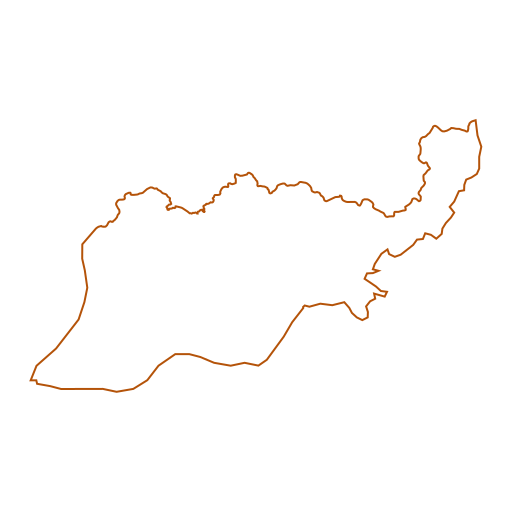 Taehongdan, Ryanggang, North Korea
{"feature_id": "82179303B43556128459055", "entity_name": "Taehongdan", "entity_type": "district", "adm_level": 2, "iso_a3": "PRK", "parent_name": "North Korea", "parent_adm1": "Ryanggang", "projection": "natural_earth1", "projection_center": [128.799, 41.972], "detail": "fine", "context": "isolated", "style": "outline", "palette": "amber", "viewbox_px": 512, "rotation_deg": 0, "n_neighbors": 0, "source": "geoboundaries", "source_scale": "gbopen_adm2", "svg_char_len": 6099}
<svg xmlns="http://www.w3.org/2000/svg" viewBox="0 0 512 512"><path d="M475.6,120.2L472.2,121.3L470.7,122.2L469.5,123.4L469.3,124.0L469.3,124.6L468.7,125.4L468.3,126.6L468.3,128.9L467.8,131.0L467.5,131.4L466.4,131.5L464.7,130.6L461.9,129.9L459.3,128.9L456.1,128.8L453.5,128.2L451.3,128.0L451.1,128.1L450.3,128.9L446.9,130.7L444.2,131.4L442.7,131.3L442.3,131.2L440.8,130.2L438.2,127.7L436.7,126.5L435.5,125.9L434.8,125.8L434.1,126.0L433.1,126.7L432.7,127.9L429.6,132.9L427.9,134.2L426.1,136.1L424.7,136.9L422.8,137.2L421.5,138.0L420.4,139.6L419.8,142.3L419.1,143.4L419.3,144.4L420.4,146.5L420.7,148.0L420.7,149.7L420.4,153.2L420.2,154.0L418.8,155.9L418.6,156.4L418.6,157.9L418.7,158.9L419.1,159.8L420.5,161.2L422.1,162.4L423.4,163.2L424.5,163.2L425.8,162.4L426.4,162.5L426.9,163.0L427.9,165.7L429.8,168.1L429.9,168.7L429.3,169.5L428.3,170.0L427.5,170.7L425.5,173.4L423.7,175.0L423.6,175.3L423.4,176.3L423.5,177.9L423.7,180.3L423.8,180.8L424.9,182.1L425.0,183.1L424.7,184.0L423.7,185.6L421.3,188.0L420.6,190.0L418.9,192.0L418.6,193.0L418.6,193.6L418.9,194.3L420.4,196.0L420.8,196.7L420.6,200.0L420.1,200.7L419.6,201.0L419.0,201.2L418.5,200.9L416.4,199.1L415.2,198.6L413.9,198.4L412.7,198.9L412.4,199.1L411.3,202.1L410.4,203.2L409.1,204.4L405.3,206.8L405.3,207.7L405.7,208.8L405.7,209.8L405.5,210.1L404.2,210.5L402.9,210.6L398.4,211.9L394.8,211.9L394.4,212.3L394.2,213.0L394.1,215.5L393.5,216.3L389.4,216.4L387.5,216.9L386.2,216.7L385.4,216.0L383.9,213.4L383.3,212.9L380.5,211.6L378.9,210.6L375.6,209.2L373.9,208.1L373.0,207.0L373.0,206.2L373.4,204.5L372.5,202.7L371.5,201.8L368.8,199.9L367.6,199.4L364.5,199.3L363.1,199.9L362.5,200.4L361.1,203.7L360.3,205.0L360.1,205.4L359.6,205.6L358.2,205.1L356.6,202.9L355.8,202.3L354.8,201.9L347.5,202.0L346.2,201.8L344.2,201.0L342.8,200.1L342.3,199.4L341.8,198.3L341.6,196.6L341.2,195.9L340.6,195.7L339.9,195.7L339.7,196.5L339.1,196.8L335.3,197.1L327.1,201.0L326.4,201.2L325.7,201.1L324.6,200.5L324.3,200.1L323.5,197.6L322.3,196.3L320.9,195.5L319.8,193.3L319.3,192.8L317.0,192.0L315.7,192.4L314.4,192.4L312.2,191.3L311.8,190.7L311.5,189.8L311.2,187.9L310.2,186.3L309.6,185.6L308.1,184.2L307.0,183.4L305.6,182.8L304.4,182.6L301.1,182.0L300.1,182.0L299.2,182.5L297.7,184.2L294.3,185.5L290.4,185.2L287.6,185.8L287.2,185.7L286.4,185.3L284.8,183.7L284.2,183.5L283.1,183.5L280.8,184.1L279.0,184.8L277.8,185.4L277.2,186.1L276.5,188.3L275.3,189.8L274.3,190.7L272.5,191.7L271.8,192.9L270.5,193.4L270.0,193.3L269.4,192.9L269.2,192.5L269.1,191.5L268.7,190.6L268.7,190.1L268.2,189.4L267.9,189.3L267.6,189.0L267.5,188.2L267.3,187.9L265.1,186.8L264.2,186.5L262.7,186.4L260.4,185.9L258.5,186.2L257.8,186.1L257.4,185.5L257.4,184.4L257.6,183.4L257.3,182.1L257.2,181.3L256.2,180.4L254.7,178.1L253.5,177.0L252.8,175.4L252.4,174.9L251.3,173.9L250.8,173.8L250.3,173.3L249.3,172.8L248.4,172.8L247.9,173.1L246.9,174.5L242.3,175.7L240.2,175.8L237.5,174.6L236.1,174.2L235.2,174.6L234.9,175.6L234.9,177.1L235.0,177.7L235.6,178.4L235.8,179.5L235.8,182.5L235.7,183.0L234.1,183.7L232.2,184.2L231.1,183.9L230.2,183.3L229.0,183.3L228.4,183.6L228.1,184.2L228.1,184.9L228.3,186.2L228.1,186.8L227.9,187.0L225.1,186.7L223.6,187.1L222.7,187.6L221.4,189.2L220.5,191.1L220.2,192.0L220.4,193.4L219.8,194.5L219.4,194.7L217.9,195.0L215.0,195.0L214.3,195.6L214.0,197.0L213.3,197.6L212.8,198.2L212.8,198.6L213.6,199.6L213.7,200.0L213.6,200.9L212.9,202.1L212.6,202.3L211.9,202.5L210.5,202.3L209.3,203.3L207.8,203.9L206.4,203.8L206.1,204.0L206.0,204.5L205.4,204.9L203.6,205.8L203.4,206.4L203.7,207.1L203.7,208.4L203.7,208.5L204.2,208.6L204.4,209.0L204.0,210.2L204.6,211.5L204.3,212.0L203.9,212.0L202.8,211.2L202.5,210.8L202.5,210.4L202.3,210.0L202.1,209.8L201.2,209.8L200.3,210.1L199.6,210.9L199.0,211.5L198.0,211.7L197.5,212.5L197.6,213.5L197.0,213.5L196.5,212.9L195.5,212.5L194.0,213.0L193.0,212.8L191.7,213.6L190.6,213.2L189.7,213.3L187.5,211.5L182.5,208.2L181.5,207.7L180.1,207.3L175.9,206.3L175.5,206.4L175.4,207.3L175.3,207.7L175.0,207.9L174.1,208.1L173.3,207.8L172.8,207.8L171.9,208.5L169.1,208.8L169.0,209.7L168.7,209.9L168.0,209.9L167.6,209.7L167.4,209.2L167.0,207.7L166.5,207.2L166.6,206.6L167.9,205.7L169.0,204.6L170.5,204.5L171.2,203.9L170.7,202.1L169.7,200.6L169.7,200.0L170.0,198.9L170.0,198.4L169.9,198.1L168.2,197.0L167.5,196.3L166.8,195.0L166.5,194.7L165.6,194.1L162.7,193.2L161.5,192.2L161.0,191.5L159.9,190.8L157.7,189.7L157.2,188.8L156.8,188.5L156.3,188.4L154.8,188.7L153.7,188.3L152.4,187.6L150.8,187.4L150.0,187.6L147.0,189.1L142.8,192.8L141.6,193.2L139.6,193.5L137.8,194.4L136.6,194.6L133.5,194.9L131.3,194.8L130.7,194.4L130.6,193.1L130.2,192.7L128.7,192.8L125.8,194.1L125.0,195.0L124.5,196.3L124.9,198.1L124.6,198.9L124.3,199.2L122.9,199.6L119.6,199.7L118.7,200.0L117.5,201.0L116.2,203.1L116.1,203.9L116.2,204.8L118.1,208.4L118.9,209.4L119.2,209.9L119.5,211.6L119.4,212.6L119.1,213.4L117.9,214.7L117.2,216.4L117.0,217.2L115.9,218.6L114.5,220.2L113.5,220.8L112.7,221.8L111.6,221.8L110.6,221.3L110.2,221.3L109.1,221.9L108.6,222.3L107.0,225.3L105.6,226.6L103.8,226.8L103.3,226.6L102.2,226.6L101.2,226.0L98.4,226.8L96.7,227.9L95.8,228.7L82.3,244.3L82.2,258.7L84.8,270.3L87.3,287.7L84.4,302.1L78.6,319.5L56.1,348.5L36.5,365.8L30.7,380.3L36.3,380.3L37.1,383.8L50.1,386.1L61.1,389.0L102.8,388.9L116.6,391.8L133.3,388.9L147.3,380.2L158.5,365.7L175.3,354.1L189.2,354.1L200.3,357.0L214.1,362.8L230.7,365.7L244.6,362.8L258.4,365.6L266.8,359.8L283.7,336.7L292.2,322.2L303.2,308.1L303.1,307.0L304.7,305.5L309.4,306.7L320.3,303.7L332.3,305.2L344.3,302.2L349.3,307.9L351.9,312.9L356.8,317.4L362.3,320.1L367.7,317.4L367.9,312.0L366.1,306.4L370.1,301.3L375.2,298.7L374.1,293.6L384.7,296.6L387.0,291.8L380.9,291.0L376.0,286.5L364.6,278.8L367.0,273.4L372.9,273.1L378.5,270.8L372.9,269.3L374.8,263.9L381.4,253.8L387.5,249.4L389.1,254.1L394.8,256.8L400.7,254.7L413.2,244.9L417.0,239.6L422.9,239.0L425.2,233.3L430.9,234.8L436.3,238.7L441.7,233.9L442.4,228.6L445.9,223.0L450.9,217.6L454.2,212.6L449.7,206.9L454.2,201.6L458.9,191.2L464.1,190.3L464.3,184.9L466.2,179.6L471.4,177.5L476.8,174.0L479.2,168.6L479.2,156.8L481.3,146.7L477.5,135.4L475.6,120.2Z" fill="none" stroke="#b45309" stroke-width="2"/></svg>